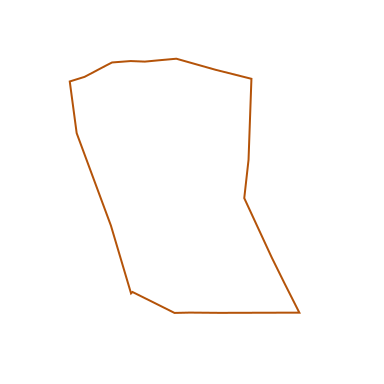 San Pedro Yucunama, Oaxaca, Mexico, rotated 162°
{"feature_id": "50627088B3307078777507", "entity_name": "San Pedro Yucunama", "entity_type": "district", "adm_level": 2, "iso_a3": "MEX", "parent_name": "Mexico", "parent_adm1": "Oaxaca", "projection": "natural_earth1", "projection_center": [-97.48, 17.58], "detail": "fine", "context": "isolated", "style": "outline", "palette": "amber", "viewbox_px": 384, "rotation_deg": 162, "n_neighbors": 0, "source": "geoboundaries", "source_scale": "gbopen_adm2", "svg_char_len": 449}
<svg xmlns="http://www.w3.org/2000/svg" viewBox="0 0 384 384"><g transform="rotate(162 192 192)"><path d="M281.3,114.4L279.5,115.3L246.0,82.4L231.4,78.0L203.0,68.5L127.2,44.1L132.3,76.9L136.4,105.0L144.2,170.0L128.3,205.1L100.5,281.3L131.6,300.8L165.7,323.6L184.1,327.8L193.1,329.8L196.6,330.6L209.9,335.5L228.0,339.9L234.3,338.9L258.6,334.7L274.1,334.9L283.5,283.6L279.5,185.1L281.3,114.4Z" fill="none" stroke="#b45309" stroke-width="2"/></g></svg>